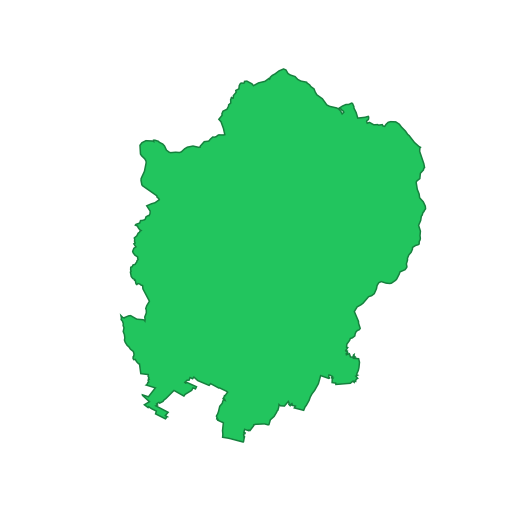 outline of Runcu, Gorj, Romania, rotated 21°
{"feature_id": "2599482B30652708585896", "entity_name": "Runcu", "entity_type": "district", "adm_level": 2, "iso_a3": "ROU", "parent_name": "Romania", "parent_adm1": "Gorj", "projection": "natural_earth1", "projection_center": [23.13, 45.185], "detail": "fine", "context": "isolated", "style": "filled", "palette": "green", "viewbox_px": 512, "rotation_deg": 21, "n_neighbors": 0, "source": "geoboundaries", "source_scale": "gbopen_adm2", "svg_char_len": 6090}
<svg xmlns="http://www.w3.org/2000/svg" viewBox="0 0 512 512"><g transform="rotate(21 256 256)"><path d="M310.7,434.3L310.9,433.9L310.1,429.7L309.6,429.5L309.4,428.7L309.7,428.6L308.8,427.9L308.3,426.8L309.3,425.9L309.3,425.1L307.9,425.1L307.5,421.9L311.9,421.7L311.9,420.9L313.0,421.0L314.7,415.1L314.4,414.4L316.1,413.2L324.1,409.7L327.8,409.3L328.5,408.8L328.1,403.8L330.4,399.3L331.2,394.7L331.3,392.8L331.7,392.2L331.4,389.1L330.7,386.4L332.4,387.1L336.3,385.9L338.3,380.2L339.5,381.4L339.8,382.7L341.5,383.5L341.6,382.2L342.4,380.9L343.0,381.6L343.1,382.5L346.6,382.0L346.2,384.1L355.8,383.0L355.9,379.4L356.5,377.4L357.3,371.8L357.2,368.1L357.7,364.5L358.9,360.5L360.0,352.9L359.2,344.5L367.9,344.2L368.4,343.5L367.2,342.7L366.7,341.0L367.9,340.7L370.7,341.1L370.9,341.8L370.2,342.3L370.4,342.7L371.6,342.5L371.2,343.3L372.4,346.9L376.0,346.1L376.6,347.3L389.7,341.0L391.2,338.3L392.9,338.7L392.5,337.6L394.0,337.4L393.6,335.8L393.9,334.8L394.8,333.8L392.2,332.4L393.5,330.9L392.7,330.9L392.3,330.1L392.5,326.1L392.1,323.3L390.7,318.1L388.6,315.1L383.7,316.6L383.7,315.9L384.3,315.7L383.9,315.3L384.8,314.7L383.1,314.0L382.9,312.9L382.5,313.5L382.8,314.9L382.3,315.9L380.4,316.4L378.2,313.8L375.8,315.8L375.2,314.9L376.3,313.4L375.8,312.8L374.5,312.6L374.9,312.0L373.7,312.0L374.4,308.6L373.2,308.7L372.4,305.8L373.6,301.3L373.6,299.2L375.3,297.9L376.9,295.2L376.5,293.4L376.5,291.2L377.3,289.3L378.9,287.7L379.2,286.2L375.9,282.1L375.1,280.3L367.7,272.6L368.7,267.2L371.5,263.9L372.9,261.6L375.7,253.6L378.2,251.6L379.9,248.8L380.2,243.4L379.6,240.2L380.2,236.9L382.1,235.0L387.2,234.7L390.8,233.7L392.2,232.8L395.0,228.7L395.6,227.2L396.2,221.6L396.1,219.3L400.1,215.3L400.8,212.7L400.7,211.9L399.2,209.4L398.9,205.4L398.2,203.9L398.3,200.2L399.5,196.9L399.6,193.6L399.1,191.9L401.2,189.0L403.3,187.4L404.0,186.3L403.2,184.0L403.4,182.2L403.1,180.6L401.8,178.2L400.6,173.9L396.8,169.1L397.0,163.8L396.1,159.6L396.5,158.3L396.3,155.6L396.9,154.3L396.8,153.5L397.4,151.2L396.2,148.8L392.8,145.5L387.9,143.0L386.1,139.7L382.7,136.0L379.1,129.8L379.2,128.5L381.2,125.0L379.8,119.9L381.5,115.6L381.2,114.1L381.7,113.1L379.6,109.7L371.3,99.7L370.3,96.6L370.6,95.6L368.9,95.4L363.2,93.2L355.8,88.7L354.0,88.1L350.9,85.9L345.4,83.4L342.6,81.6L338.4,80.7L333.6,82.3L331.5,83.8L330.2,86.5L329.7,88.9L327.9,89.1L326.8,88.1L323.4,90.0L322.5,89.7L319.0,91.3L314.1,90.6L312.3,92.2L311.0,90.7L311.0,89.8L311.9,88.6L312.0,87.7L311.4,85.9L310.8,85.4L308.1,87.4L301.6,90.8L298.1,86.2L294.4,82.8L293.8,81.4L291.4,79.0L290.4,79.0L288.4,81.2L285.6,82.4L283.0,85.0L280.6,88.2L280.0,88.3L283.1,88.4L284.4,89.3L285.5,89.3L286.5,90.3L285.5,92.5L282.8,90.2L280.0,89.0L278.0,88.9L271.1,89.9L268.0,89.6L261.6,85.4L255.0,83.7L252.3,81.5L250.3,79.2L246.5,78.2L244.7,77.0L241.6,76.2L241.0,75.6L235.2,76.6L231.7,76.2L228.2,74.5L223.2,74.7L220.5,74.2L217.3,71.6L214.7,71.5L211.1,75.0L208.5,79.2L206.5,81.5L205.3,83.9L205.3,85.9L204.5,85.5L201.8,89.7L196.3,93.5L192.6,97.9L190.5,96.7L184.8,96.0L182.7,97.1L183.0,98.4L182.5,99.1L180.1,99.9L179.6,100.7L179.3,102.9L180.1,106.1L177.8,108.7L178.8,110.3L177.4,114.3L178.2,116.7L177.7,117.1L175.7,116.6L176.6,117.1L176.2,118.8L177.6,122.3L176.3,124.7L176.7,126.0L176.3,129.4L173.3,132.6L173.2,135.4L173.9,136.8L172.3,141.7L175.2,143.2L179.9,148.6L183.4,153.9L182.4,154.6L177.8,156.3L176.8,157.4L176.3,158.6L174.6,160.0L173.0,160.4L171.6,163.1L170.7,165.7L166.7,167.8L164.6,173.4L164.9,174.3L163.5,175.1L157.8,175.9L152.9,179.0L151.0,181.4L149.0,185.5L147.5,186.8L143.8,187.9L139.1,190.2L137.7,190.2L134.5,189.3L131.2,186.1L128.8,184.9L125.0,184.5L123.8,183.9L120.1,184.1L118.9,184.6L119.5,185.8L118.6,185.6L111.9,187.8L108.9,191.1L108.0,194.2L111.6,202.2L113.2,203.4L117.4,205.2L119.2,206.7L120.0,208.2L121.5,216.9L121.0,224.8L121.6,226.7L123.9,230.4L124.9,231.1L141.8,235.3L142.6,236.6L144.4,237.1L145.5,238.1L142.6,242.5L139.7,244.7L136.0,248.3L141.1,252.0L141.9,254.4L141.7,256.6L141.0,256.8L139.3,258.8L139.4,261.2L139.0,262.1L137.2,263.5L135.5,264.3L135.6,266.9L132.6,269.5L132.3,270.4L134.9,270.6L135.6,271.6L137.8,273.0L139.6,273.4L138.8,274.3L138.7,275.6L137.8,276.9L137.5,279.9L135.9,282.8L136.8,283.9L137.3,285.8L138.5,287.2L137.6,288.4L140.6,290.5L139.2,292.6L139.2,295.9L140.1,297.0L142.6,298.6L145.9,299.3L146.3,300.5L147.2,301.5L146.6,303.0L146.8,304.5L146.3,305.9L146.2,307.1L144.4,308.4L144.2,310.4L143.1,311.4L143.9,313.8L144.8,315.1L144.5,316.0L146.9,319.9L149.1,321.2L151.3,321.4L151.3,322.2L152.4,322.4L153.4,324.3L154.6,325.4L155.0,325.4L155.4,324.2L155.8,324.0L157.6,323.8L159.2,324.4L160.7,324.2L162.2,327.2L172.7,336.4L171.8,341.6L171.9,344.6L172.9,345.7L174.0,348.4L174.0,352.9L175.3,355.1L175.6,356.5L174.7,355.9L173.2,356.0L167.4,357.7L160.3,356.6L158.7,357.4L155.5,360.4L155.3,361.0L153.7,361.2L151.3,360.1L152.5,362.0L152.9,363.7L154.6,364.6L156.3,366.6L156.9,368.6L158.5,370.3L159.1,374.1L161.2,376.4L162.9,379.5L163.3,381.6L164.8,383.4L167.7,385.6L170.1,386.5L172.2,388.0L175.7,389.1L177.3,391.3L177.7,393.4L177.4,394.1L178.0,395.8L179.1,396.6L180.3,395.8L182.5,397.5L185.0,398.7L185.9,398.5L190.6,407.1L197.9,405.3L198.5,407.2L199.5,407.8L199.6,409.0L200.4,409.4L199.7,410.5L201.0,412.2L200.4,412.9L200.3,415.1L199.8,415.8L209.3,415.2L206.0,426.0L199.7,426.3L200.0,426.8L208.7,430.2L205.1,434.9L209.6,436.2L209.8,435.2L213.2,436.0L218.6,436.5L218.8,439.4L229.8,440.5L230.2,439.4L230.1,438.4L230.8,437.9L228.5,437.4L230.0,433.4L216.2,431.8L217.5,430.4L216.2,429.7L217.8,427.4L218.8,427.9L221.3,425.1L221.6,423.6L223.0,421.3L227.6,410.9L238.9,412.6L239.4,410.6L244.1,404.5L244.4,401.7L247.1,401.8L247.3,399.4L237.0,398.8L235.9,399.9L234.8,399.5L236.2,396.6L238.0,395.9L238.0,393.1L240.8,393.3L241.4,391.3L246.3,393.2L258.6,393.6L259.3,391.4L268.6,392.6L269.2,392.2L276.7,392.8L278.3,393.3L277.1,397.7L276.6,397.7L276.7,399.2L276.4,400.9L277.9,400.9L278.9,401.9L277.2,401.9L277.0,403.6L277.3,405.5L276.0,409.3L276.7,414.5L276.8,417.7L276.4,419.0L276.6,420.0L277.5,420.7L277.7,422.2L279.0,422.1L279.1,423.0L285.3,423.4L287.3,431.0L288.9,434.2L289.8,437.2L295.5,436.0L310.7,434.3Z" fill="#22c55e" stroke="#15803d" stroke-width="1.5"/></g></svg>